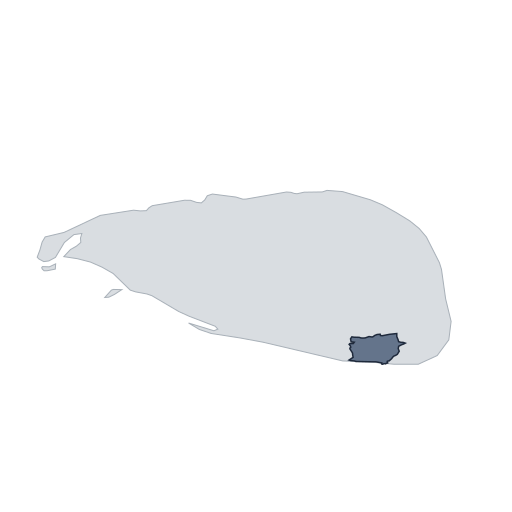 Sri Lanka, with Kaḷutara highlighted, rotated 287°
{"feature_id": "LKA-2472", "entity_name": "Kaḷutara", "entity_type": "District", "adm_level": 1, "iso_a3": "LKA", "parent_name": "Sri Lanka", "parent_adm1": "", "projection": "equal_earth", "projection_center": [80.098, 6.573], "detail": "fine", "context": "in_parent", "style": "filled", "palette": "slate", "viewbox_px": 512, "rotation_deg": 287, "n_neighbors": 0, "source": "natural_earth", "source_scale": "10m", "svg_char_len": 2209}
<svg xmlns="http://www.w3.org/2000/svg" viewBox="0 0 512 512"><g transform="rotate(287 256 256)"><path d="M190.9,47.1L198.6,47.6L206.8,47.4L212.6,48.8L222.4,65.5L249.3,95.2L264.0,125.5L265.3,132.2L267.3,137.9L270.8,139.5L273.8,142.1L288.4,171.3L290.1,177.1L289.9,183.5L290.8,188.2L294.6,190.6L299.4,191.8L302.5,196.2L306.5,219.6L306.5,226.9L307.6,230.0L326.1,266.4L327.1,270.8L327.0,274.1L327.5,277.0L331.1,283.4L336.7,300.8L339.5,304.7L342.9,319.9L343.2,348.9L341.9,361.8L338.5,377.5L334.5,392.9L330.0,404.0L324.0,413.4L303.3,433.3L297.4,437.3L270.4,449.9L250.5,461.7L232.2,464.9L213.8,458.4L199.9,442.8L192.9,419.9L188.0,396.1L181.0,369.6L175.6,287.7L173.0,264.9L168.8,235.8L169.2,223.2L172.2,211.1L172.2,237.6L174.9,240.9L176.9,237.5L178.8,210.0L180.3,198.4L187.6,168.1L187.8,162.8L186.5,151.4L186.6,145.7L197.5,124.5L200.3,112.1L201.8,99.5L201.2,85.9L199.2,72.4L208.0,76.7L212.9,81.4L217.8,84.5L221.8,82.9L226.6,82.9L223.2,75.6L212.9,68.8L196.0,64.6L190.7,59.3L188.6,54.7L189.7,49.2L190.9,47.1ZM182.3,129.3L184.6,137.5L177.9,131.9L173.6,127.3L172.1,123.5L181.1,127.7L182.3,129.3ZM189.9,66.7L184.8,67.9L180.9,60.7L179.9,57.7L181.0,55.5L182.1,54.5L183.4,54.8L185.2,61.5L189.9,66.7Z" fill="#d9dde1" stroke="#a8b0b8" stroke-width="1"/><path d="M190.8,411.6L190.5,409.8L190.3,409.6L190.0,409.3L189.6,408.9L189.4,408.3L189.5,407.7L189.9,407.5L190.3,407.6L190.5,407.6L189.9,401.9L189.8,401.4L188.1,395.7L184.3,382.3L184.4,382.0L184.4,381.9L184.4,380.6L184.1,379.2L183.7,377.2L183.7,375.4L187.5,378.5L189.8,377.3L190.7,377.0L191.6,376.5L194.7,372.9L195.6,372.8L196.5,373.3L197.7,372.5L198.7,370.9L199.2,371.1L199.7,371.4L200.7,374.6L202.3,375.2L201.8,372.0L204.4,370.6L206.7,371.3L207.0,373.5L208.4,378.5L208.3,380.2L208.8,382.3L209.6,384.4L212.0,387.6L212.5,390.8L213.4,391.9L214.5,392.5L216.3,394.7L217.5,397.6L216.3,398.3L216.7,400.1L220.1,406.5L223.0,413.3L220.1,414.2L217.3,416.5L215.8,417.4L215.8,419.7L216.4,422.0L216.3,424.2L215.0,422.9L213.8,421.3L211.4,418.8L209.0,419.1L206.8,420.8L203.3,419.9L201.9,418.7L200.6,417.1L199.0,416.2L197.6,415.8L194.6,414.0L194.2,413.0L193.6,412.3L192.8,412.7L192.3,413.2L191.8,412.6L191.4,411.8L190.8,411.6Z" fill="#64748b" stroke="#1e293b" stroke-width="1.5"/></g></svg>